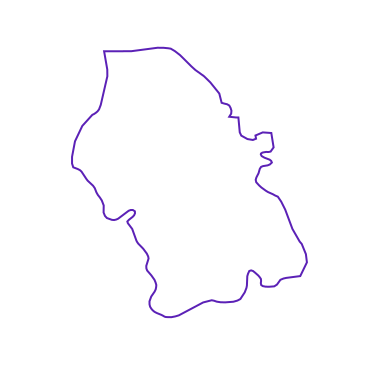 an SVG outline of Longford, rotated 111°
{"feature_id": "IRL-731", "entity_name": "Longford", "entity_type": "County", "adm_level": 1, "iso_a3": "IRL", "parent_name": "Ireland", "parent_adm1": "", "projection": "orthographic", "projection_center": [-7.669, 53.73], "detail": "fine", "context": "isolated", "style": "outline", "palette": "violet", "viewbox_px": 384, "rotation_deg": 111, "n_neighbors": 0, "source": "natural_earth", "source_scale": "10m", "svg_char_len": 2264}
<svg xmlns="http://www.w3.org/2000/svg" viewBox="0 0 384 384"><g transform="rotate(111 192 192)"><path d="M311.9,160.1L314.2,163.1L316.3,166.5L317.7,170.4L318.1,171.7L318.2,172.7L318.1,173.6L317.9,174.7L317.7,176.5L317.6,181.6L317.3,184.1L316.5,186.4L315.5,188.2L314.1,190.0L312.1,191.4L309.3,192.5L304.2,192.6L298.4,191.2L295.9,191.0L293.6,191.4L291.6,192.0L289.5,193.6L287.4,195.6L284.4,200.1L281.4,205.7L279.7,207.2L277.4,208.2L269.7,208.7L267.9,209.8L265.7,212.1L262.4,217.3L259.5,223.6L258.5,225.1L257.4,226.4L247.9,234.6L244.1,240.7L242.7,241.8L240.5,240.9L236.5,238.5L234.5,237.7L232.3,237.6L230.5,238.4L230.0,240.8L230.8,242.8L232.2,244.4L243.4,251.4L244.9,252.9L246.1,254.7L246.7,256.8L246.8,262.1L245.5,264.7L242.8,267.2L236.2,269.6L232.2,273.2L230.1,276.1L228.5,278.8L226.6,281.1L223.3,284.1L221.6,286.6L218.8,293.5L217.6,295.4L212.6,302.4L211.8,304.3L211.5,306.8L211.5,311.7L208.4,314.2L202.1,316.6L186.6,319.4L169.6,318.1L155.7,312.7L154.3,311.4L152.6,310.2L150.6,309.1L148.2,308.4L143.4,308.4L114.3,312.5L108.0,315.0L92.1,324.5L82.4,299.3L69.7,275.9L67.6,270.3L66.3,265.6L65.8,263.2L66.6,258.5L68.5,252.2L74.9,237.7L76.9,232.6L79.6,222.3L83.1,214.2L90.3,201.8L98.1,196.3L97.9,193.6L97.5,190.6L97.9,188.2L99.7,186.1L102.0,184.3L104.9,183.5L108.4,184.2L106.7,177.8L105.8,175.4L119.2,168.8L121.7,166.2L122.7,159.2L121.6,153.8L119.3,151.3L116.5,153.0L111.0,147.3L108.5,139.1L121.1,131.8L126.1,133.1L127.3,135.0L128.0,137.1L129.1,139.0L130.0,140.4L131.4,141.4L132.3,141.2L133.5,139.8L134.0,136.6L134.0,131.1L134.6,129.2L135.9,128.0L138.4,129.2L140.0,130.9L142.4,135.0L143.8,136.5L146.1,137.0L150.6,136.6L155.4,137.1L157.8,136.9L159.9,135.5L161.8,131.7L162.9,128.9L164.3,123.7L164.8,121.2L165.1,115.7L165.5,113.0L165.6,110.2L169.0,105.3L175.0,98.7L190.5,85.0L199.7,73.7L201.2,70.9L209.2,63.4L216.5,59.5L231.7,60.8L238.4,73.2L240.0,75.6L242.3,78.0L248.0,79.5L250.6,81.4L252.9,86.2L254.0,89.4L254.5,92.2L254.0,94.1L252.4,95.1L250.3,95.6L248.5,96.5L247.3,98.2L246.2,100.2L244.6,104.5L243.9,106.7L244.0,108.7L245.2,110.2L248.2,110.4L250.8,110.2L259.7,107.2L262.0,106.8L266.8,106.8L274.6,108.5L277.1,110.7L279.6,114.0L283.2,121.6L284.7,125.9L285.5,129.6L285.6,132.4L286.0,134.8L291.1,142.0L311.9,160.1Z" fill="none" stroke="#5b21b6" stroke-width="2"/></g></svg>